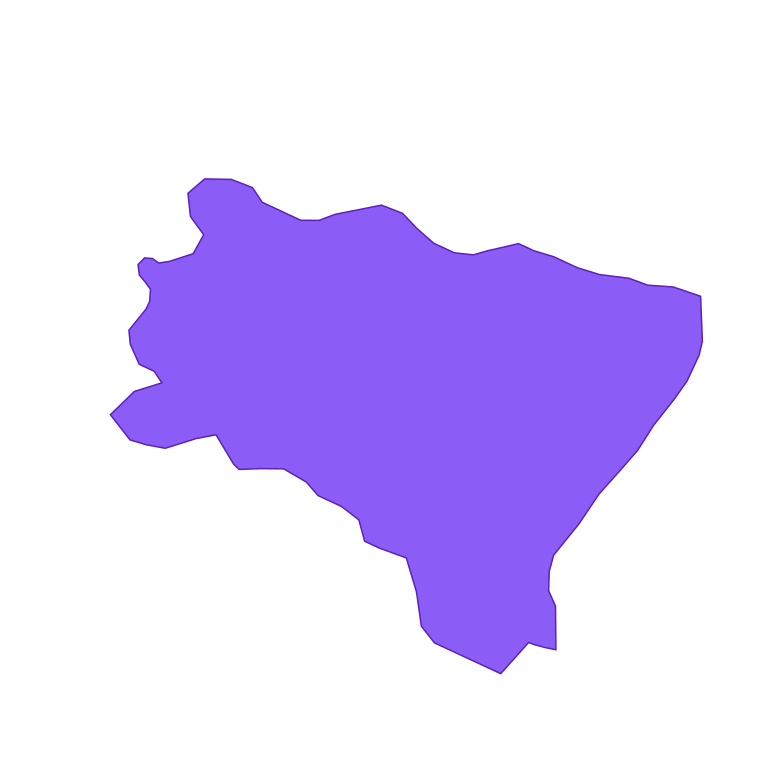 Yanggu-gun, Gangwon, South Korea, rotated 115°
{"feature_id": "91817680B23922363914919", "entity_name": "Yanggu-gun", "entity_type": "district", "adm_level": 2, "iso_a3": "KOR", "parent_name": "South Korea", "parent_adm1": "Gangwon", "projection": "natural_earth1", "projection_center": [128.002, 38.166], "detail": "fine", "context": "isolated", "style": "filled", "palette": "violet", "viewbox_px": 768, "rotation_deg": 115, "n_neighbors": 0, "source": "geoboundaries", "source_scale": "gbopen_adm2", "svg_char_len": 1203}
<svg xmlns="http://www.w3.org/2000/svg" viewBox="0 0 768 768"><g transform="rotate(115 384 384)"><path d="M552.2,115.9L512.8,134.7L501.9,147.3L484.2,155.0L467.4,157.9L428.9,148.3L392.4,142.5L363.7,133.8L337.1,126.1L307.5,122.2L274.9,114.5L253.2,110.6L224.6,110.6L210.8,113.5L170.7,134.1L173.8,162.8L183.0,186.9L184.6,206.5L193.8,235.2L196.9,257.9L196.9,283.6L199.9,304.7L199.9,321.4L220.0,347.1L229.2,357.6L235.4,375.8L235.4,398.5L229.2,419.7L221.5,439.3L223.0,462.0L250.8,499.9L263.1,512.0L270.8,528.6L270.8,548.3L270.8,571.1L261.6,586.2L261.8,589.4L263.1,608.9L273.9,633.2L294.0,642.3L314.0,630.2L324.9,610.5L346.5,612.0L363.5,630.2L369.6,639.3L368.1,646.8L370.9,654.3L379.7,657.4L388.6,651.8L392.4,643.7L396.8,635.7L408.2,631.3L416.4,631.3L443.1,637.9L455.1,630.8L469.6,614.2L469.6,597.7L476.8,585.8L496.2,607.1L527.5,619.0L542.0,590.6L539.6,574.0L534.7,555.1L513.0,531.4L501.0,514.8L520.2,486.4L522.7,479.3L513.0,460.4L503.3,439.1L505.7,413.1L513.0,396.6L513.0,370.6L517.8,349.3L534.7,335.1L534.7,318.6L532.2,290.3L558.7,266.7L587.7,247.8L597.3,228.9L597.3,195.9L597.2,155.8L571.8,148.1L557.2,143.7L556.6,136.9L554.7,126.4L552.2,115.9Z" fill="#8b5cf6" stroke="#5b21b6" stroke-width="1.5"/></g></svg>